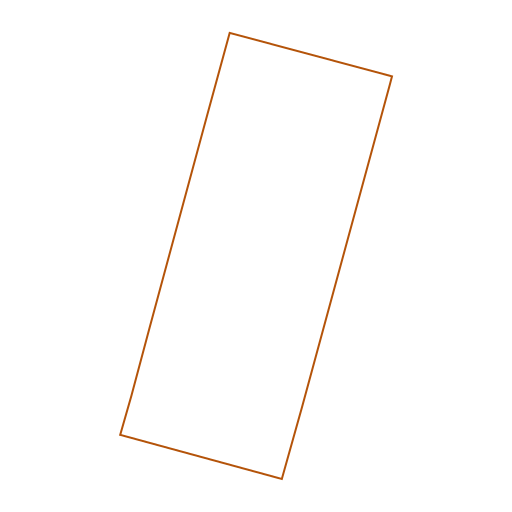 outline of Douglas, Missouri, United States of America, rotated 284°
{"feature_id": "52423323B63572960553065", "entity_name": "Douglas", "entity_type": "district", "adm_level": 2, "iso_a3": "USA", "parent_name": "United States of America", "parent_adm1": "Missouri", "projection": "albers", "projection_center": [-92.554, 36.932], "detail": "fine", "context": "isolated", "style": "outline", "palette": "amber", "viewbox_px": 512, "rotation_deg": 284, "n_neighbors": 0, "source": "geoboundaries", "source_scale": "gbopen_adm2", "svg_char_len": 282}
<svg xmlns="http://www.w3.org/2000/svg" viewBox="0 0 512 512"><g transform="rotate(284 256 256)"><path d="M49.6,167.5L45.9,335.0L120.0,337.2L454.8,344.4L463.2,344.5L466.1,176.5L382.9,174.6L160.8,170.1L89.8,168.9L49.6,167.5Z" fill="none" stroke="#b45309" stroke-width="2"/></g></svg>